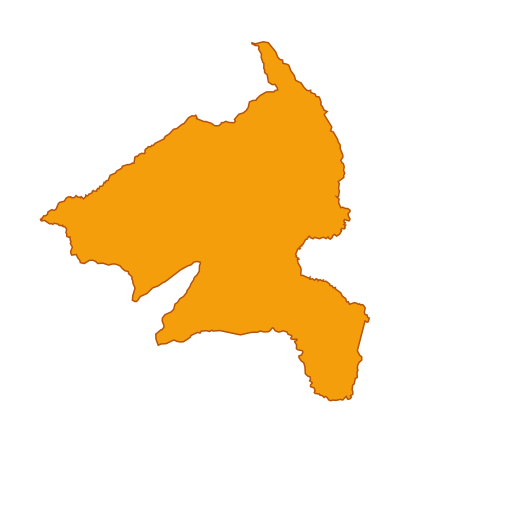 Barra do Garças, Mato Grosso, Brazil (orthographic projection), rotated 232°
{"feature_id": "56859067B49829973992443", "entity_name": "Barra do Garças", "entity_type": "district", "adm_level": 2, "iso_a3": "BRA", "parent_name": "Brazil", "parent_adm1": "Mato Grosso", "projection": "orthographic", "projection_center": [-52.509, -15.357], "detail": "fine", "context": "isolated", "style": "filled", "palette": "amber", "viewbox_px": 512, "rotation_deg": 232, "n_neighbors": 0, "source": "geoboundaries", "source_scale": "gbopen_adm2", "svg_char_len": 6151}
<svg xmlns="http://www.w3.org/2000/svg" viewBox="0 0 512 512"><g transform="rotate(232 256 256)"><path d="M415.9,108.4L414.1,111.3L408.4,113.2L407.4,114.7L406.0,115.5L405.9,117.3L402.9,119.7L401.7,119.6L399.6,121.4L399.3,122.5L398.6,122.0L397.6,122.3L396.8,123.4L393.7,123.3L391.4,120.6L390.4,120.6L387.9,119.0L386.0,120.0L385.5,121.1L382.5,119.2L381.3,119.2L380.1,117.4L376.1,116.8L373.6,112.6L371.3,111.5L370.2,111.3L367.8,115.3L364.2,114.4L361.1,114.5L358.9,113.5L355.7,116.1L355.2,121.8L353.2,124.7L350.8,126.2L347.5,126.7L344.6,131.0L339.8,134.1L337.8,138.4L335.8,140.6L331.6,143.0L329.3,142.8L325.4,143.5L322.3,145.8L320.4,144.7L316.8,145.4L315.3,145.1L314.6,144.1L312.5,143.7L309.9,142.1L305.2,141.0L300.7,134.6L297.3,131.4L294.7,132.5L293.8,133.8L293.8,135.1L295.3,139.9L293.6,146.9L294.5,154.9L292.6,160.7L292.4,166.2L291.7,168.1L291.5,188.0L290.3,195.9L289.0,199.5L289.4,203.4L288.1,206.0L285.6,208.2L284.5,207.7L283.0,205.3L278.9,201.9L277.4,197.9L277.0,194.1L275.4,191.7L274.1,187.5L272.7,185.5L271.0,180.0L270.0,179.1L268.7,173.9L269.2,169.8L267.7,165.3L268.0,162.6L264.7,158.4L264.4,156.4L264.2,154.5L265.8,148.2L264.7,144.0L262.6,142.1L257.4,140.5L256.5,139.3L255.8,136.3L256.4,135.5L256.1,128.9L252.2,126.1L245.9,124.0L245.1,127.1L242.2,131.3L240.6,138.9L239.8,140.0L237.6,141.0L234.9,143.4L233.1,146.1L232.5,151.8L232.6,154.6L233.3,155.4L233.0,157.9L231.7,163.0L229.7,164.4L230.5,166.6L227.6,171.0L225.1,172.9L224.7,175.5L223.4,175.9L219.3,181.8L203.5,195.1L198.6,205.5L194.9,210.5L194.3,213.2L191.2,215.6L188.8,219.0L188.5,220.6L189.3,224.7L188.7,225.3L185.4,225.1L183.1,226.3L181.7,227.6L180.3,231.4L177.2,233.6L174.5,233.1L171.6,235.0L170.6,234.8L170.0,233.0L168.9,232.6L167.2,234.2L165.6,236.9L164.6,236.7L164.4,235.5L165.0,234.1L164.4,233.6L161.1,233.3L158.1,230.8L156.2,231.3L153.4,233.8L152.3,234.2L151.3,233.6L150.0,231.1L150.8,228.3L149.7,227.4L145.8,227.0L142.5,227.9L138.5,226.3L132.9,222.4L129.7,222.8L127.4,224.2L125.3,223.0L124.7,221.4L121.9,222.3L121.2,221.9L120.9,220.0L120.1,218.8L119.2,218.6L116.6,220.4L115.7,220.4L113.5,219.6L112.6,217.9L111.4,217.9L108.2,220.9L107.1,220.7L104.9,222.4L102.6,222.5L102.5,224.2L101.6,224.8L97.4,224.8L95.7,226.1L95.3,227.7L93.0,230.1L91.1,234.1L89.1,235.7L89.8,240.7L86.9,240.0L86.2,240.5L85.5,242.6L86.0,244.2L87.8,244.4L87.4,247.0L89.1,248.6L91.7,249.6L94.2,252.2L94.8,253.0L94.7,254.5L98.4,258.9L97.9,261.0L102.4,264.2L103.2,266.1L104.6,266.4L107.0,268.4L108.6,271.4L108.9,275.2L111.4,277.2L114.2,276.6L119.0,277.6L137.7,301.9L135.5,302.7L135.1,303.9L137.3,307.0L138.9,306.2L141.2,307.2L142.8,305.9L144.8,306.6L147.9,310.1L151.0,310.3L152.3,309.9L153.0,308.4L154.5,308.2L154.9,306.9L156.6,306.4L158.7,304.8L160.4,299.9L163.1,300.6L163.7,299.3L164.5,299.3L167.3,300.5L171.1,299.3L174.9,300.1L181.2,298.3L182.3,299.2L183.3,297.4L185.7,297.5L187.4,296.2L188.5,296.8L192.9,295.7L194.4,293.7L195.1,293.4L195.6,294.1L196.3,292.5L197.9,291.9L198.3,289.7L199.2,290.3L201.1,289.4L200.9,287.2L203.1,286.6L204.6,284.2L206.1,285.5L206.1,284.2L206.8,283.6L212.2,280.8L212.8,279.7L213.7,279.7L217.5,283.2L219.8,284.2L224.6,284.8L227.7,286.4L227.0,287.8L227.9,288.1L230.7,287.1L231.4,288.0L232.9,288.2L235.7,293.0L235.7,293.8L234.5,294.8L234.9,295.7L235.9,295.2L236.4,297.3L235.7,298.4L236.4,298.9L236.3,300.2L238.5,305.4L237.8,306.7L239.0,309.6L238.5,310.4L237.1,310.1L234.4,311.6L234.6,313.6L230.4,316.8L230.1,318.8L228.8,321.0L226.5,322.0L226.7,324.5L225.4,324.2L223.5,324.9L223.7,327.7L224.6,328.4L224.8,331.1L222.1,331.7L221.7,335.2L223.2,339.0L224.3,338.7L224.6,339.3L224.7,340.7L223.2,342.1L223.1,343.4L224.5,344.0L225.1,345.7L226.7,344.6L227.1,346.8L229.1,346.4L230.3,348.2L226.4,350.8L226.6,351.7L227.3,352.9L230.3,353.3L232.6,354.5L233.2,357.6L234.3,358.3L237.1,357.4L238.3,355.8L241.2,354.2L241.8,352.6L246.2,353.6L248.0,354.6L249.6,356.5L253.2,356.0L252.2,356.9L252.4,358.0L255.9,361.7L258.3,362.6L261.8,366.2L264.0,366.7L263.8,373.5L265.8,375.0L266.5,376.9L269.4,377.6L272.1,380.5L274.9,381.6L276.5,381.2L279.2,381.7L280.3,385.2L282.0,386.5L288.8,388.5L291.7,390.7L295.8,391.1L297.3,392.0L305.3,393.2L306.3,393.2L308.8,391.8L310.7,394.9L311.4,395.2L325.0,396.7L325.7,397.3L326.0,401.1L329.1,399.4L332.6,400.3L335.0,400.3L335.9,400.5L336.7,401.8L341.8,403.6L342.8,403.5L344.6,401.6L347.2,402.3L350.9,399.9L353.0,401.1L353.7,399.3L355.3,398.1L359.3,397.6L364.6,398.1L370.0,395.4L374.7,397.3L380.5,397.5L386.1,399.3L388.0,398.5L391.3,395.9L394.0,397.6L396.0,395.9L399.1,395.5L404.8,397.2L416.6,397.0L420.4,393.5L423.6,386.1L426.5,384.1L425.7,383.5L422.1,385.2L420.8,387.0L418.8,387.1L417.5,385.4L411.7,384.6L409.6,382.5L404.4,380.6L403.0,380.8L398.8,377.5L397.5,377.5L395.6,375.9L393.9,375.8L392.4,376.6L385.4,372.9L381.0,374.3L379.6,376.6L375.5,376.3L373.5,375.3L374.6,373.0L374.4,371.0L378.9,365.2L379.9,358.3L379.4,353.5L378.7,352.0L380.6,349.1L381.4,345.6L377.9,341.4L376.7,338.0L376.6,334.1L378.3,329.7L376.9,323.1L374.8,322.7L374.6,320.7L377.8,317.0L380.8,315.0L381.1,312.6L382.4,310.9L381.6,309.8L381.6,307.0L383.0,304.9L384.4,303.5L388.1,302.5L393.1,299.1L393.7,297.9L401.0,293.7L401.4,294.7L404.0,295.2L404.1,293.9L405.9,291.8L406.5,287.9L404.7,281.0L405.3,278.9L405.2,272.0L406.6,269.1L405.6,262.8L406.1,258.4L405.7,256.7L404.8,256.0L406.9,246.0L406.4,243.2L407.4,241.8L406.9,240.2L408.5,238.4L408.0,236.9L408.2,234.7L407.6,233.5L405.8,232.3L405.4,231.1L407.2,229.3L408.0,226.6L407.4,223.8L408.2,223.3L408.5,222.1L408.3,221.2L404.2,217.0L405.4,215.9L405.6,213.2L407.2,210.9L409.0,206.0L407.8,203.9L408.7,199.1L408.0,195.8L409.4,190.8L406.6,186.0L407.5,184.4L406.6,182.3L407.6,181.8L405.8,178.7L405.8,177.5L407.1,175.9L405.7,173.6L406.6,172.9L406.3,171.6L405.2,170.5L406.8,168.3L407.8,168.1L407.9,167.1L406.7,165.6L407.6,162.4L407.1,160.6L407.6,159.6L408.7,159.4L407.5,158.0L407.2,155.3L410.4,154.8L409.9,153.7L410.9,153.4L411.8,152.0L414.4,151.4L413.8,149.1L414.7,147.4L415.8,146.3L416.7,146.5L418.2,144.4L418.5,142.0L417.2,138.7L419.1,134.5L419.0,132.6L416.1,127.5L416.1,126.1L416.2,125.0L418.3,123.6L418.8,119.2L417.2,117.2L417.3,114.8L418.4,113.3L417.4,111.0L417.7,109.8L416.7,109.6L417.2,108.6L415.9,108.4Z" fill="#f59e0b" stroke="#b45309" stroke-width="1.5"/></g></svg>